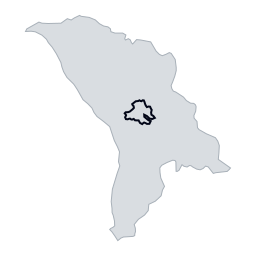 Străşeni highlighted on a map of Moldova
{"feature_id": "MDA-1647", "entity_name": "Străşeni", "entity_type": "District", "adm_level": 1, "iso_a3": "MDA", "parent_name": "Moldova", "parent_adm1": "", "projection": "natural_earth1", "projection_center": [28.587, 47.172], "detail": "fine", "context": "in_parent", "style": "outline", "palette": "ink", "viewbox_px": 256, "rotation_deg": 0, "n_neighbors": 0, "source": "natural_earth", "source_scale": "10m", "svg_char_len": 2563}
<svg xmlns="http://www.w3.org/2000/svg" viewBox="0 0 256 256"><path d="M25.5,31.5L26.8,28.9L38.9,22.1L42.0,23.2L48.2,23.5L61.0,23.2L67.3,18.7L71.2,20.0L74.4,17.9L79.6,15.4L80.4,15.9L81.1,16.3L89.2,17.4L95.3,19.9L99.4,23.7L103.6,26.0L108.0,26.9L110.4,28.8L110.9,31.7L115.0,33.1L122.7,33.1L125.9,35.0L124.7,38.8L125.5,40.0L128.3,38.7L130.3,39.9L131.4,42.7L132.7,44.0L136.6,39.6L140.7,40.0L150.7,41.9L156.1,51.1L159.4,54.4L162.3,55.7L166.0,54.3L169.3,52.6L171.2,53.4L175.2,59.5L176.2,67.4L176.2,70.7L174.8,76.1L172.7,81.8L171.1,85.6L171.8,88.6L173.3,91.1L175.7,92.0L183.5,97.1L186.4,100.6L190.6,103.2L193.8,103.4L195.5,104.9L196.1,106.7L195.7,111.2L193.9,115.5L194.1,118.2L197.0,121.5L197.3,125.3L197.5,127.7L199.0,129.6L206.2,133.7L215.4,137.7L217.8,141.2L219.3,145.6L218.9,152.9L218.3,159.4L230.5,168.0L229.1,169.6L227.2,171.4L215.7,172.7L213.3,173.4L208.2,166.9L205.6,166.1L203.1,168.5L200.2,169.8L196.7,169.1L192.9,167.1L191.0,165.7L189.5,165.5L187.1,167.0L184.0,166.3L182.0,164.7L179.0,170.3L177.2,171.4L176.1,171.3L175.9,161.9L175.0,160.5L172.7,160.2L167.0,162.5L161.7,165.3L159.8,167.9L160.0,172.5L160.8,178.0L164.5,186.4L162.5,190.0L161.1,195.8L155.3,201.2L148.8,204.3L148.2,210.6L144.6,215.0L138.4,219.3L134.2,224.5L135.3,228.1L135.5,231.5L134.8,233.8L134.7,235.6L133.0,236.4L123.5,237.0L120.9,238.1L117.8,240.6L114.8,235.9L111.9,231.8L109.7,229.5L110.6,228.5L113.0,227.3L114.7,225.9L114.5,221.0L113.2,215.3L112.1,212.6L112.0,208.3L111.2,201.6L112.4,189.2L117.1,173.6L119.8,165.9L118.5,161.7L119.5,151.8L117.5,146.9L114.3,140.5L109.7,126.6L104.0,121.8L97.0,116.5L94.0,112.5L92.0,108.1L87.8,103.7L83.0,99.7L77.4,89.7L74.4,85.1L73.5,83.9L67.0,77.5L63.6,71.7L61.9,66.9L60.9,62.5L56.4,53.8L52.2,47.2L48.3,42.6L46.5,39.3L41.9,35.1L35.3,31.8L31.0,31.2L25.5,31.5Z" fill="#d9dde1" stroke="#a8b0b8" stroke-width="1"/><path d="M151.7,109.9L151.1,112.5L151.4,114.7L153.4,116.0L154.8,117.9L152.2,119.0L149.6,118.6L147.0,116.1L144.2,114.7L144.3,116.8L148.5,120.3L150.7,121.1L149.4,123.8L147.0,123.9L145.6,123.1L144.1,122.5L143.1,123.2L142.2,124.1L140.0,122.9L138.6,120.4L136.9,120.4L135.0,120.3L133.7,118.9L132.0,119.6L130.9,119.3L130.0,118.6L128.9,118.8L127.7,119.3L125.9,119.1L125.1,117.2L125.7,116.2L126.1,115.2L125.4,114.1L124.7,113.3L125.6,112.3L128.4,112.1L129.9,111.5L132.8,109.1L133.9,107.9L133.6,106.1L132.7,105.2L132.2,104.1L135.7,101.3L138.3,101.0L139.4,100.3L140.5,101.0L141.5,101.2L142.6,100.3L143.8,100.4L144.5,102.0L145.0,103.7L145.8,105.6L146.9,107.1L148.7,106.5L150.1,106.7L150.8,108.4L151.7,109.9Z" fill="none" stroke="#020617" stroke-width="2"/></svg>